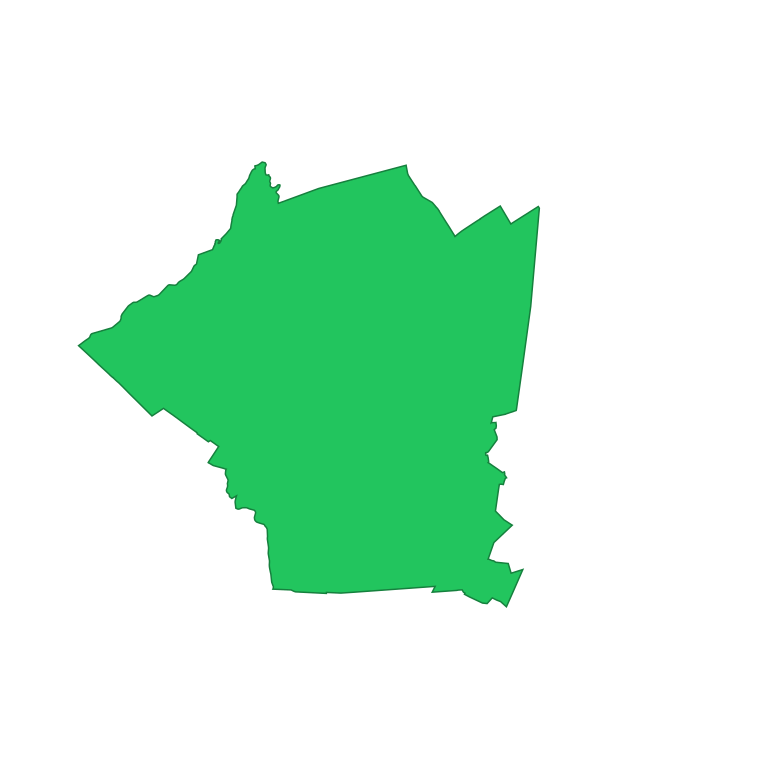 outline of Coevorden, Drenthe, Netherlands, rotated 145°
{"feature_id": "6326949B84902170380829", "entity_name": "Coevorden", "entity_type": "district", "adm_level": 2, "iso_a3": "NLD", "parent_name": "Netherlands", "parent_adm1": "Drenthe", "projection": "equal_earth", "projection_center": [6.762, 52.753], "detail": "fine", "context": "isolated", "style": "filled", "palette": "green", "viewbox_px": 768, "rotation_deg": 145, "n_neighbors": 0, "source": "geoboundaries", "source_scale": "gbopen_adm2", "svg_char_len": 5991}
<svg xmlns="http://www.w3.org/2000/svg" viewBox="0 0 768 768"><g transform="rotate(145 384 384)"><path d="M240.4,550.5L325.3,581.6L366.9,592.6L366.6,593.2L366.4,593.6L366.2,594.5L363.0,597.2L362.4,597.9L362.2,598.4L362.1,599.0L362.5,601.8L362.6,602.3L362.5,602.8L362.3,603.1L362.0,603.4L361.4,603.6L359.8,603.7L359.2,603.9L357.9,604.6L356.7,605.1L356.0,605.6L355.1,606.6L355.2,606.9L355.6,607.3L356.2,607.7L356.7,607.9L357.3,607.9L358.7,607.5L359.1,607.5L360.9,607.8L362.1,608.2L362.5,608.4L362.8,608.7L363.6,610.5L363.7,611.0L363.6,611.6L363.4,611.9L362.8,612.6L362.2,613.1L362.0,613.3L361.7,614.0L361.6,615.2L361.3,615.6L360.9,616.1L359.3,617.3L358.9,617.8L358.6,618.5L358.6,618.9L358.8,619.6L358.9,620.0L358.8,620.3L358.7,620.7L358.4,621.2L358.4,621.4L358.6,621.6L359.7,622.0L360.2,622.4L360.7,623.0L360.6,623.6L360.1,625.2L357.7,629.0L357.0,629.7L355.3,630.8L354.9,631.1L354.7,631.4L354.6,632.0L354.5,633.2L354.5,633.4L354.8,633.8L356.5,635.7L359.8,635.6L361.0,635.6L362.5,635.9L363.5,636.2L364.0,636.5L364.7,636.7L366.0,634.2L367.0,634.6L367.5,634.7L368.6,634.7L369.3,634.6L370.9,633.9L374.5,631.9L374.7,631.7L375.3,631.3L375.8,630.6L377.0,630.1L377.3,629.7L377.8,629.5L378.3,629.4L379.6,628.9L380.4,628.5L381.5,628.1L382.5,627.5L383.2,627.6L385.0,627.4L386.5,627.3L387.0,627.0L389.3,626.0L389.8,625.9L392.9,624.6L395.1,623.9L395.5,623.7L396.1,622.9L397.0,621.6L398.4,619.9L402.4,615.1L410.4,609.3L411.2,608.4L412.4,607.7L414.2,606.0L414.9,605.0L418.0,602.0L420.4,599.4L427.0,597.6L434.0,596.3L434.0,596.0L434.2,595.7L435.1,594.9L436.4,594.2L437.7,593.7L438.1,593.7L438.9,594.0L439.1,594.2L439.1,594.5L438.1,595.2L437.2,595.4L436.5,595.8L436.3,596.0L436.9,596.5L437.0,597.1L437.3,597.4L438.8,598.4L439.4,598.1L440.5,597.4L441.1,596.5L442.1,595.9L442.1,595.5L443.6,594.8L447.4,592.4L461.9,596.3L468.4,590.2L468.6,589.9L469.7,589.7L471.0,589.8L471.9,589.6L472.3,589.4L477.1,586.7L487.1,585.0L488.2,584.9L492.2,585.2L493.2,585.2L494.2,585.1L496.1,584.5L496.8,584.4L497.7,584.5L498.6,584.8L499.1,585.2L502.7,588.2L503.0,588.4L503.5,588.6L504.1,588.7L504.9,588.6L516.9,586.2L517.8,586.2L518.6,586.3L521.7,587.2L522.1,587.3L522.6,587.6L522.9,588.0L524.7,590.9L525.3,591.5L525.9,591.8L526.6,591.9L527.2,592.0L539.0,592.8L539.5,592.9L540.1,593.1L542.1,594.5L542.7,594.6L543.2,594.7L547.9,594.6L548.9,594.5L557.2,591.9L558.2,591.6L560.1,590.5L560.7,590.0L561.3,589.1L561.8,588.5L563.3,587.4L563.7,587.1L564.1,587.0L565.2,586.8L573.3,586.1L574.6,586.1L575.6,586.4L593.8,592.6L594.6,592.8L595.1,592.8L595.9,592.6L596.5,592.3L597.9,591.3L598.6,591.0L599.3,590.9L600.2,590.8L603.6,590.9L612.2,590.6L608.6,573.8L607.0,566.0L606.6,563.8L603.6,550.1L603.3,548.2L602.5,545.0L602.2,544.8L602.0,544.3L602.2,544.0L601.3,539.7L600.6,537.0L599.7,532.0L598.0,521.9L592.4,490.9L578.6,490.5L575.3,481.2L575.0,480.5L568.1,460.0L565.1,451.3L565.6,450.4L561.0,437.4L558.7,437.3L555.3,427.6L558.8,426.2L561.3,425.2L571.9,421.0L572.1,420.9L573.1,420.5L573.1,420.3L572.0,418.2L571.6,417.2L570.8,415.5L570.6,415.1L563.8,406.9L562.9,405.6L562.1,404.7L562.5,404.5L563.2,404.0L564.8,402.2L565.6,401.2L565.9,400.2L566.0,399.5L566.6,395.6L566.7,395.0L566.9,394.6L567.9,393.6L569.4,392.3L570.1,390.9L570.5,390.3L571.0,389.7L571.6,389.2L573.6,387.8L574.2,387.1L574.4,386.7L574.6,385.9L574.7,385.2L574.1,382.9L574.1,382.5L574.3,382.0L575.0,380.7L575.1,380.3L575.0,379.6L574.8,378.9L574.6,378.6L574.3,377.5L569.0,377.0L570.6,375.7L571.6,374.8L572.6,373.9L573.6,372.8L573.9,372.3L576.6,367.2L575.6,365.5L575.0,365.0L574.5,364.7L574.0,364.5L572.4,364.2L571.5,364.0L571.0,363.8L570.0,363.2L567.8,361.7L567.1,360.9L565.9,358.9L563.2,355.7L562.7,355.1L562.6,354.5L562.5,353.8L562.6,353.1L562.8,352.5L563.4,351.8L565.8,349.8L566.2,349.5L566.9,348.8L567.1,348.3L567.5,347.6L567.8,346.7L567.9,346.0L567.8,345.4L567.7,344.6L567.5,344.0L567.2,343.5L565.6,341.3L563.3,338.4L562.9,337.9L562.8,337.4L562.8,337.1L562.9,336.0L562.9,335.6L562.7,334.4L562.7,333.8L562.8,332.8L563.1,331.8L566.1,327.1L566.8,326.0L568.0,324.6L568.6,323.7L571.8,317.3L572.3,316.4L572.8,315.6L575.5,312.3L576.2,311.3L579.2,304.9L579.9,303.9L581.7,301.6L582.7,300.0L583.4,298.6L585.1,294.7L585.7,293.2L589.2,286.9L589.7,285.9L590.6,282.5L590.8,281.6L591.2,281.0L592.2,280.0L592.7,279.7L578.2,268.6L577.3,266.9L576.6,265.7L575.7,264.5L551.3,245.5L550.7,246.3L539.3,237.5L528.9,231.2L458.2,188.9L463.9,185.8L442.8,173.2L441.4,172.6L438.1,170.6L438.3,167.9L437.6,166.2L438.7,165.6L436.2,160.7L429.0,148.1L425.5,145.0L418.0,146.7L415.6,142.3L413.3,138.9L411.5,131.3L398.7,139.0L376.7,152.4L388.4,156.1L385.2,165.7L394.9,174.1L395.1,175.1L395.4,175.8L395.7,176.3L396.9,177.5L398.4,180.0L398.9,180.6L399.2,180.8L384.9,191.1L359.9,194.8L360.4,195.9L363.6,203.9L365.6,216.0L350.5,232.1L347.1,235.6L346.0,235.1L345.6,234.8L343.9,233.2L341.1,235.5L340.6,235.8L339.2,236.8L339.0,237.0L337.7,237.0L337.4,236.9L337.3,238.8L337.5,239.5L337.2,240.8L337.0,241.0L336.7,241.0L335.8,242.9L337.8,243.5L340.0,249.8L340.7,251.7L341.8,254.6L342.8,257.4L343.5,259.2L343.8,259.9L343.1,260.0L342.6,260.7L340.9,264.1L340.6,265.0L340.0,266.2L340.0,266.3L341.2,266.8L341.4,267.1L341.3,267.4L340.7,268.6L340.5,268.9L340.2,268.9L340.0,269.4L338.3,268.6L337.0,268.8L323.3,273.5L321.8,275.8L321.6,276.6L319.9,283.4L317.6,283.6L316.0,285.3L314.4,288.3L314.7,288.4L318.1,290.7L318.4,290.7L313.7,294.7L301.9,289.6L301.2,289.5L290.9,286.5L290.0,287.3L259.6,319.9L219.4,363.3L155.9,438.9L155.9,439.1L155.8,440.9L186.9,442.3L188.3,442.3L186.7,463.1L204.9,464.0L209.4,464.1L210.5,464.2L210.6,463.8L212.4,464.1L214.0,464.2L231.9,464.7L234.4,464.6L236.7,464.5L239.1,464.3L241.3,464.1L241.3,464.6L241.1,464.9L241.0,467.0L240.5,475.9L240.3,481.3L239.7,493.5L239.5,493.9L239.6,494.0L239.5,495.4L239.5,497.2L239.6,497.9L239.8,498.5L239.7,498.5L240.2,503.6L240.3,504.5L240.4,505.1L244.7,514.3L245.0,515.1L245.2,516.2L244.7,528.3L244.8,529.1L244.8,529.8L244.7,531.7L244.7,532.6L244.4,540.7L244.3,541.2L244.1,542.1L243.9,542.9L240.9,549.5L240.4,550.5Z" fill="#22c55e" stroke="#15803d" stroke-width="1.5"/></g></svg>